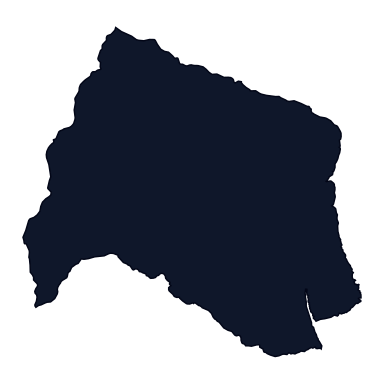 outline of Hato, Santander, Colombia
{"feature_id": "7082276B99136019050465", "entity_name": "Hato", "entity_type": "district", "adm_level": 2, "iso_a3": "COL", "parent_name": "Colombia", "parent_adm1": "Santander", "projection": "orthographic", "projection_center": [-73.349, 6.562], "detail": "fine", "context": "isolated", "style": "filled", "palette": "ink", "viewbox_px": 384, "rotation_deg": 0, "n_neighbors": 0, "source": "geoboundaries", "source_scale": "gbopen_adm2", "svg_char_len": 5924}
<svg xmlns="http://www.w3.org/2000/svg" viewBox="0 0 384 384"><path d="M30.3,272.2L32.4,274.8L33.6,277.2L33.6,280.0L37.2,283.7L37.6,285.0L37.5,286.2L35.9,288.6L34.8,291.3L35.1,293.1L36.6,294.8L37.1,297.1L36.4,301.3L34.9,304.8L35.0,306.0L35.9,307.3L38.5,305.5L41.2,304.8L45.2,302.9L47.1,302.2L50.6,301.9L54.7,298.6L57.3,293.8L57.7,291.7L57.3,289.4L57.7,287.4L59.1,284.8L60.4,283.1L61.0,281.6L62.3,280.4L66.7,277.7L67.3,276.3L67.9,273.2L68.7,272.0L69.8,271.4L71.6,267.4L75.8,264.3L78.1,263.4L81.2,259.0L81.7,258.8L83.0,259.2L84.4,259.2L88.5,258.6L94.7,256.8L104.2,255.8L108.9,253.6L110.5,253.2L113.3,253.4L118.0,255.2L118.1,256.7L123.4,262.5L126.9,263.9L127.9,264.9L130.2,265.9L132.5,269.4L133.1,269.8L133.6,269.9L135.5,268.8L137.3,269.1L138.3,269.8L139.4,271.6L141.4,271.9L142.3,272.6L145.4,273.7L145.9,274.0L146.4,275.6L148.3,276.2L149.8,277.8L150.8,278.3L153.4,278.1L155.4,277.5L156.9,275.8L158.7,275.3L159.1,274.5L161.0,273.3L162.9,273.5L163.9,274.0L165.3,275.9L165.7,278.3L167.4,280.5L170.0,282.3L170.1,283.0L169.6,283.3L169.5,284.1L170.9,285.7L168.7,287.6L168.7,289.8L169.2,290.9L173.0,294.4L174.0,296.1L175.0,296.8L176.8,297.4L179.4,297.2L179.6,298.1L182.6,300.9L186.4,303.6L187.3,303.9L189.7,304.0L193.0,302.8L193.5,303.5L194.6,302.8L195.4,303.0L198.7,305.5L199.8,305.7L201.5,306.8L202.2,307.7L208.5,310.4L211.5,313.4L213.1,317.0L214.7,319.0L215.8,319.4L217.3,321.2L219.2,322.2L223.8,327.9L228.1,330.3L231.8,331.4L234.6,334.9L235.5,335.5L236.7,335.8L238.4,335.2L239.8,335.6L241.0,337.6L241.1,340.4L241.9,342.9L242.9,343.6L244.5,344.1L245.7,345.8L248.5,345.8L251.5,346.2L256.5,344.9L259.0,344.7L259.6,345.2L259.8,347.2L263.0,349.0L263.8,351.8L264.8,352.3L266.0,352.5L267.2,353.6L270.6,355.1L275.1,356.5L278.9,355.8L282.4,354.3L284.0,354.1L287.0,354.5L288.5,353.0L289.6,353.0L290.9,353.9L292.7,353.4L295.0,353.9L296.7,353.0L299.4,352.1L300.8,351.1L304.5,351.5L306.4,350.0L308.0,349.5L308.6,348.7L309.7,348.5L310.4,347.8L311.2,347.5L312.8,348.1L315.0,347.1L315.5,347.3L316.1,348.5L317.7,348.6L318.9,348.3L320.8,348.5L321.2,348.9L321.8,345.9L319.0,341.0L318.3,340.5L318.1,338.9L317.0,337.4L316.3,334.6L314.9,332.1L313.5,327.3L312.3,326.5L311.6,325.4L311.5,322.7L306.2,306.2L306.2,301.8L305.5,297.6L305.1,292.8L305.6,289.2L305.9,289.1L306.1,290.0L307.0,289.5L307.1,289.8L306.7,292.0L307.0,294.9L308.4,295.6L307.8,297.0L308.5,299.3L308.1,301.0L308.3,302.2L309.4,303.1L308.9,304.1L309.6,305.1L309.3,306.0L309.9,307.9L309.7,308.8L310.4,309.5L310.7,311.7L312.8,313.7L312.8,315.8L314.2,316.4L313.4,317.5L313.4,318.3L315.0,319.7L316.0,321.2L320.4,319.3L324.7,318.7L331.0,317.2L334.3,315.1L337.4,316.0L338.3,315.2L339.1,313.2L341.7,313.9L342.7,313.3L344.2,313.1L344.7,312.5L346.6,312.4L347.6,311.4L349.9,310.1L350.9,308.1L352.7,307.0L355.6,303.7L356.1,303.4L357.8,303.4L359.1,302.3L360.7,301.5L360.9,301.0L360.6,300.3L359.1,299.5L358.5,298.4L359.9,297.9L360.9,298.0L361.0,297.7L360.9,294.6L360.4,293.7L360.6,292.9L359.8,292.4L359.9,291.1L358.1,290.0L358.0,289.6L358.7,288.1L358.5,286.3L358.9,284.6L358.5,284.4L356.9,284.9L356.4,284.4L355.1,284.2L354.1,282.1L354.2,281.4L355.5,280.4L355.3,280.1L352.7,279.0L352.2,276.9L352.3,274.1L353.3,272.6L351.8,271.3L352.1,269.2L350.7,267.3L350.3,265.6L348.5,263.5L347.1,261.1L346.4,259.3L345.4,258.1L345.2,257.6L345.6,255.9L345.4,254.7L342.8,251.5L342.9,250.0L341.6,249.0L341.8,248.0L340.7,246.6L341.7,245.5L341.8,244.5L340.9,243.1L341.0,242.3L340.4,240.9L340.6,239.7L339.0,237.1L339.0,235.8L337.9,231.4L337.6,225.8L338.3,223.3L338.2,222.4L337.0,219.4L337.0,217.0L337.4,214.9L336.3,212.6L335.7,208.9L334.6,207.6L331.8,205.8L332.9,205.0L333.5,203.9L335.2,196.9L335.0,195.1L334.3,192.9L334.9,189.9L334.9,187.2L334.4,186.4L334.3,184.4L333.7,183.3L331.2,181.2L330.4,181.0L326.4,181.6L326.1,181.3L327.1,180.4L328.5,178.4L329.3,176.7L332.5,174.7L332.9,172.4L332.5,171.5L333.5,171.4L334.0,170.5L335.0,167.4L335.0,163.9L336.4,161.8L337.8,158.7L338.6,155.3L339.6,152.9L340.3,149.1L340.1,148.0L339.2,147.2L340.0,146.4L340.1,145.7L339.4,140.1L340.6,139.1L341.1,136.6L341.0,133.2L340.3,131.4L337.5,126.5L336.7,125.8L334.2,124.9L330.7,120.8L326.5,118.4L325.0,117.9L319.7,117.0L314.0,114.1L313.2,113.4L312.2,113.1L311.1,111.2L311.2,109.2L310.3,108.3L309.6,108.0L309.4,107.0L308.8,106.4L307.4,106.4L306.0,105.9L301.3,103.6L294.1,100.8L289.0,101.5L286.8,100.9L285.8,100.1L280.8,97.8L279.0,96.5L275.7,96.6L266.5,95.4L261.5,94.2L259.6,93.4L255.7,90.8L250.5,90.9L250.2,90.7L249.8,89.8L246.1,87.5L242.9,84.7L241.7,83.2L241.2,82.2L241.3,81.7L238.3,81.2L235.3,82.9L234.6,82.7L233.9,82.0L233.4,79.8L232.5,78.6L230.8,77.6L228.2,77.3L224.0,77.4L216.9,74.1L212.0,74.4L209.1,72.4L206.0,69.2L203.1,66.9L198.0,65.6L194.0,65.5L191.2,64.9L189.5,65.1L187.2,66.0L185.5,65.8L182.7,64.3L180.4,64.2L179.5,63.3L178.0,58.6L177.6,58.1L176.8,58.0L174.7,58.4L172.7,56.0L168.5,52.2L164.5,51.4L160.7,49.2L157.3,44.3L155.2,40.3L154.3,39.6L149.6,39.5L143.8,40.8L138.6,40.3L136.4,39.7L131.6,36.2L121.4,31.6L115.7,27.5L114.9,30.2L112.0,33.4L110.8,34.5L107.4,35.7L106.7,36.7L106.4,38.0L106.5,40.4L102.7,44.5L102.2,45.8L102.2,48.9L100.5,50.6L98.0,58.2L98.0,59.1L98.6,60.3L100.5,62.4L100.2,66.8L101.0,68.9L100.5,69.4L97.5,70.2L95.5,71.7L92.8,71.8L92.0,72.4L91.1,73.7L90.7,75.7L90.0,76.6L85.4,79.8L83.5,81.5L80.6,84.5L79.8,86.3L79.3,87.9L79.1,91.0L78.6,92.2L75.1,98.1L74.9,99.1L75.5,102.6L74.2,110.0L75.2,117.7L75.0,119.4L73.8,123.2L73.1,124.4L71.3,126.3L69.4,127.5L64.0,128.9L62.6,129.9L60.0,130.9L58.9,131.8L56.3,138.1L55.7,139.0L53.5,139.7L53.5,140.4L53.9,141.1L53.5,142.7L51.8,143.9L50.0,145.8L48.5,147.8L46.9,151.3L46.3,154.7L46.6,157.7L48.9,164.5L50.8,176.8L49.4,180.7L47.8,187.6L47.9,188.6L51.2,192.1L51.0,194.1L50.7,195.2L49.0,196.7L45.8,198.8L42.5,202.2L40.8,206.4L39.9,211.3L37.2,214.9L34.0,217.4L30.2,218.8L29.5,219.4L28.7,220.7L25.8,230.5L23.0,237.3L23.9,240.4L24.2,243.0L24.7,243.7L25.8,243.7L26.4,244.1L29.3,250.7L29.4,252.8L28.9,257.3L29.5,258.9L30.1,265.1L30.3,272.2Z" fill="#0f172a" stroke="#020617" stroke-width="1.5"/></svg>